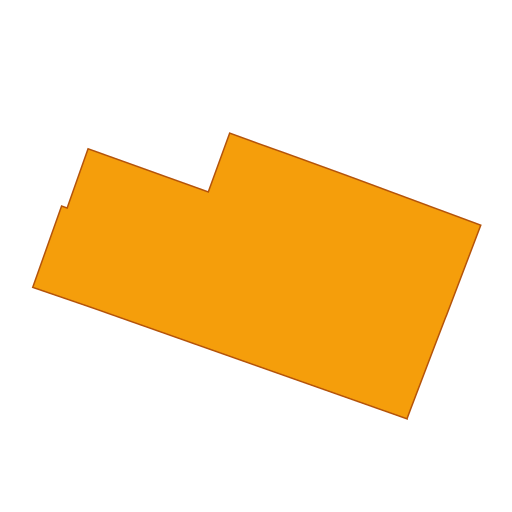 the district of Kankakee, Illinois, United States of America, rotated 21°
{"feature_id": "52423323B31844468450221", "entity_name": "Kankakee", "entity_type": "district", "adm_level": 2, "iso_a3": "USA", "parent_name": "United States of America", "parent_adm1": "Illinois", "projection": "equal_earth", "projection_center": [-87.786, 41.146], "detail": "fine", "context": "isolated", "style": "filled", "palette": "amber", "viewbox_px": 512, "rotation_deg": 21, "n_neighbors": 0, "source": "geoboundaries", "source_scale": "gbopen_adm2", "svg_char_len": 453}
<svg xmlns="http://www.w3.org/2000/svg" viewBox="0 0 512 512"><g transform="rotate(21 256 256)"><path d="M58.8,365.3L122.2,363.0L455.4,353.9L455.3,353.7L455.2,343.5L455.0,273.8L455.0,260.7L455.0,253.8L455.0,250.4L455.0,246.5L455.0,246.0L455.0,245.5L455.1,243.3L455.1,241.7L454.8,146.7L313.2,148.3L251.4,149.4L218.0,150.2L187.4,150.7L188.5,213.3L60.8,216.1L62.5,278.9L56.6,279.0L58.8,365.3Z" fill="#f59e0b" stroke="#b45309" stroke-width="1.5"/></g></svg>